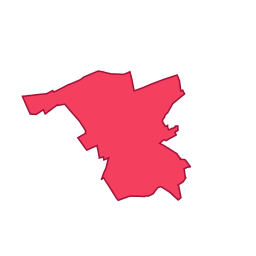 outline of Acolman, México, Mexico, rotated 54°
{"feature_id": "50627088B99442443114281", "entity_name": "Acolman", "entity_type": "district", "adm_level": 2, "iso_a3": "MEX", "parent_name": "Mexico", "parent_adm1": "México", "projection": "natural_earth1", "projection_center": [-98.921, 19.637], "detail": "fine", "context": "isolated", "style": "filled", "palette": "rose", "viewbox_px": 256, "rotation_deg": 54, "n_neighbors": 0, "source": "geoboundaries", "source_scale": "gbopen_adm2", "svg_char_len": 5099}
<svg xmlns="http://www.w3.org/2000/svg" viewBox="0 0 256 256"><g transform="rotate(54 128 128)"><path d="M215.7,129.6L215.5,126.3L215.5,126.1L204.1,120.8L203.5,121.0L204.0,115.2L202.2,110.4L201.5,110.6L193.9,106.5L194.4,104.6L194.7,103.1L194.9,102.6L195.6,101.3L196.0,100.5L195.8,100.3L195.6,100.2L195.0,100.3L194.3,100.3L191.9,100.3L190.4,100.3L187.1,100.5L186.3,101.4L185.8,102.0L185.3,102.5L184.4,103.6L184.1,103.9L184.0,104.1L183.7,103.7L183.6,103.4L183.4,103.4L183.2,103.5L182.8,103.5L182.3,103.6L182.1,103.7L181.8,103.8L181.6,103.8L181.4,103.8L181.2,103.8L180.9,103.8L180.9,103.7L180.7,103.6L180.4,103.5L180.2,103.5L179.9,103.6L179.7,103.8L179.4,103.8L179.2,103.8L178.3,103.6L178.2,103.6L177.9,103.5L177.7,103.5L177.4,103.6L168.3,107.2L168.2,107.1L167.9,107.3L167.7,107.5L163.6,109.1L161.9,109.9L160.2,110.8L159.0,111.4L158.6,106.2L158.7,105.8L158.8,105.7L159.0,105.5L160.2,105.0L160.3,105.0L160.5,104.8L160.5,104.6L160.7,103.6L160.9,102.1L160.9,101.3L161.0,100.4L161.1,99.8L161.2,99.2L161.3,98.5L161.5,97.1L161.6,96.3L161.7,95.5L161.8,94.8L162.0,93.1L160.6,92.8L159.8,92.7L159.7,92.7L159.1,92.6L159.1,90.8L159.3,88.9L156.0,86.7L155.6,86.5L155.2,87.1L155.0,87.5L154.7,88.0L154.4,88.3L154.3,88.6L154.4,88.9L154.6,89.2L154.8,89.3L155.0,89.4L155.1,89.6L155.1,89.8L155.0,90.3L154.7,91.2L154.6,91.6L154.6,92.0L154.0,92.8L153.9,93.1L154.1,93.7L154.0,93.9L153.6,95.5L153.5,95.8L153.4,96.2L152.6,96.0L151.1,95.6L149.9,95.2L149.6,95.2L149.8,94.9L149.6,94.7L149.4,94.5L149.2,94.4L149.2,94.5L149.1,94.9L149.1,95.0L149.1,95.4L149.1,95.6L149.1,95.8L149.1,96.0L149.0,96.3L149.0,96.5L148.9,96.6L148.8,96.8L148.7,96.8L148.4,96.9L148.0,96.7L147.6,96.7L146.8,96.7L145.7,96.6L145.0,96.6L144.8,96.7L144.1,96.5L144.0,96.4L143.8,96.4L143.6,96.3L143.0,96.1L142.8,96.0L142.6,95.9L142.4,95.8L142.0,95.5L141.8,95.2L141.5,94.5L141.3,93.8L141.1,93.1L141.0,92.9L140.9,92.5L140.8,92.1L140.6,91.8L140.5,91.7L140.4,91.6L140.2,91.5L140.0,91.3L139.8,90.9L139.6,90.6L139.5,90.4L139.4,90.2L139.3,89.9L139.2,89.6L139.1,88.8L139.1,88.7L139.1,88.4L139.0,87.8L139.0,87.0L138.8,86.9L138.7,86.5L134.6,77.5L134.5,75.1L134.3,73.3L134.3,72.8L134.0,68.0L133.7,62.2L129.5,61.5L129.1,63.5L120.1,58.6L114.0,57.1L111.2,65.9L110.8,67.1L110.7,67.4L109.6,70.9L109.6,71.0L108.0,76.7L107.5,78.6L106.5,82.1L106.2,83.3L105.7,85.6L104.5,90.7L104.5,90.8L103.9,93.2L101.6,101.2L89.8,95.8L83.6,93.4L83.0,96.6L82.2,99.4L81.7,100.5L78.0,105.1L77.3,106.0L76.5,107.0L74.3,109.9L73.3,110.7L72.3,111.6L69.9,113.7L67.8,115.3L64.4,118.6L60.8,133.7L60.9,138.3L58.8,147.8L58.2,149.8L57.9,150.5L57.8,151.1L57.8,151.5L57.7,152.3L57.6,153.1L57.5,153.3L57.4,154.2L57.0,156.8L56.5,160.1L56.4,160.5L56.3,160.8L56.3,161.2L56.2,162.0L56.1,162.5L56.0,162.8L55.9,163.8L55.7,164.6L55.6,165.4L55.4,166.8L54.9,166.8L54.5,166.9L53.9,166.9L53.7,166.9L53.4,166.9L53.1,168.9L53.1,169.4L53.0,169.6L53.0,170.1L52.9,170.7L52.8,171.0L52.8,171.4L52.7,172.1L52.6,172.4L52.6,173.0L52.7,173.3L52.1,174.3L51.4,175.4L51.2,175.8L50.9,176.3L50.3,177.3L50.1,177.7L49.8,178.2L49.7,178.3L49.5,178.6L48.7,180.1L48.4,180.6L48.1,181.1L47.8,181.6L47.5,182.1L47.0,183.0L46.9,183.1L46.8,183.5L46.5,183.9L46.3,184.3L46.2,184.4L45.8,185.3L45.4,185.9L45.2,186.2L45.1,186.5L44.7,187.2L44.3,187.9L44.1,188.2L44.0,188.4L43.5,189.1L43.1,189.9L42.9,190.2L42.8,190.3L42.6,190.8L42.5,191.1L41.9,192.2L41.8,192.3L40.4,194.6L40.3,194.8L50.6,197.1L54.8,198.0L57.3,198.5L57.9,198.6L59.3,198.9L63.1,194.3L63.3,190.8L63.2,190.8L63.5,185.7L67.6,186.8L68.0,186.6L67.9,183.1L67.8,181.4L67.9,181.5L67.8,176.4L67.8,176.1L67.8,171.3L68.5,171.5L68.6,171.3L71.4,165.5L71.4,165.3L73.9,165.0L76.6,164.8L78.7,164.7L80.8,164.5L82.8,164.3L84.1,164.2L85.0,164.1L85.9,164.0L86.9,163.9L88.8,163.7L90.2,163.6L91.7,163.4L93.0,163.4L94.4,163.3L94.9,163.3L96.4,163.4L98.5,163.5L100.1,163.6L101.2,163.6L102.4,163.7L103.7,163.8L104.8,163.8L105.4,163.9L105.6,164.3L106.0,164.7L106.3,165.0L106.5,165.1L106.8,165.2L107.4,165.4L107.2,166.9L106.8,170.4L106.7,171.7L106.4,174.3L106.6,174.3L113.9,174.4L114.5,174.4L118.8,174.4L121.7,174.3L122.4,170.7L122.7,169.3L124.0,163.4L124.2,163.6L130.0,166.1L131.2,166.7L131.6,166.9L132.7,167.5L133.8,168.0L134.0,168.1L134.8,168.5L135.1,168.7L135.3,168.9L135.5,168.3L135.8,167.9L135.9,167.7L136.3,166.8L136.5,166.3L137.1,164.9L138.9,165.9L139.7,166.3L140.2,164.1L140.5,163.0L140.8,161.3L141.5,162.3L142.5,163.6L142.7,163.8L142.8,163.8L143.0,164.2L143.7,164.9L144.1,165.4L144.3,165.6L144.5,165.8L145.4,166.9L146.0,167.5L146.6,168.3L147.0,168.8L147.8,169.8L147.9,170.1L149.5,173.0L150.1,174.0L151.1,175.5L153.0,178.1L153.8,179.6L154.1,180.0L154.0,179.5L154.0,177.0L158.1,177.3L162.3,177.5L165.2,177.7L168.6,177.9L172.3,178.2L175.3,178.4L175.7,178.4L177.5,178.6L180.8,178.4L183.8,167.8L183.9,167.5L184.1,167.2L184.7,165.8L190.3,158.5L190.8,157.8L192.2,156.1L193.1,155.1L193.2,154.3L193.8,152.7L194.9,151.9L195.3,150.1L196.0,146.3L195.5,144.7L195.2,144.0L193.8,139.1L194.3,137.2L194.7,136.0L195.4,135.6L196.9,135.0L199.3,134.0L199.5,133.9L202.7,132.6L202.8,132.7L204.5,132.0L205.5,131.8L205.5,131.6L208.0,131.1L207.9,131.3L215.7,129.7L215.7,129.6Z" fill="#f43f5e" stroke="#9f1239" stroke-width="1.5"/></g></svg>